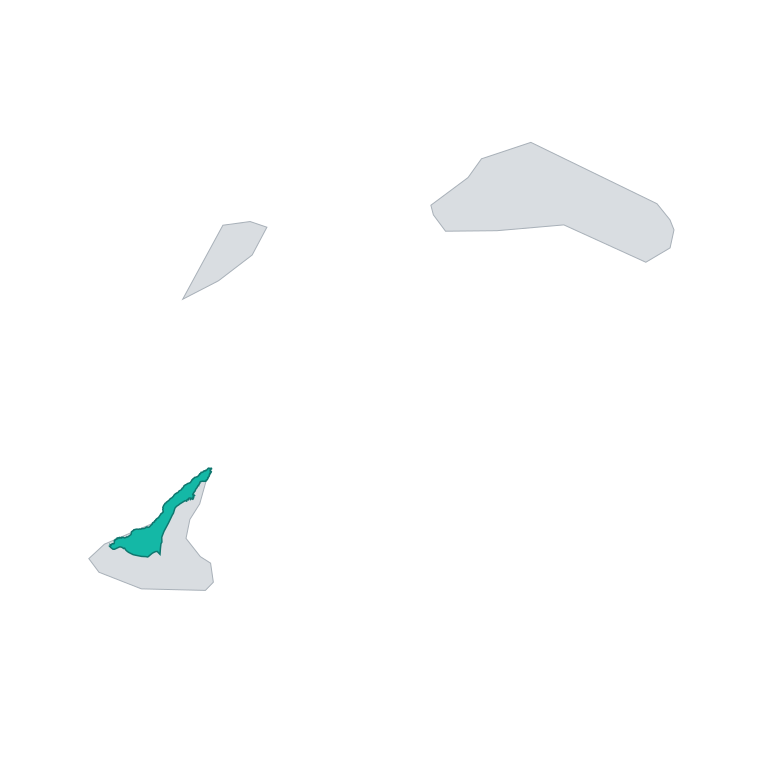 location of Sima, Andjouân, Comoros, rotated 111°
{"feature_id": "10938185B89113061759376", "entity_name": "Sima", "entity_type": "district", "adm_level": 2, "iso_a3": "COM", "parent_name": "Comoros", "parent_adm1": "Andjouân", "projection": "albers", "projection_center": [44.321, -12.244], "detail": "fine", "context": "in_parent", "style": "filled", "palette": "teal", "viewbox_px": 768, "rotation_deg": 111, "n_neighbors": 0, "source": "geoboundaries", "source_scale": "gbopen_adm2", "svg_char_len": 6199}
<svg xmlns="http://www.w3.org/2000/svg" viewBox="0 0 768 768"><g transform="rotate(111 384 384)"><path d="M208.4,398.5L200.3,404.3L161.1,379.5L138.8,373.7L105.8,333.5L117.9,193.7L128.3,175.8L136.2,168.5L154.4,165.7L176.5,183.2L171.0,273.1L200.4,333.5L219.3,381.3L208.4,398.5ZM640.7,476.8L662.2,537.1L661.9,582.6L652.8,597.0L633.7,587.6L598.4,551.4L531.1,516.0L562.0,513.1L580.0,516.7L599.1,513.5L611.0,493.6L613.4,481.7L630.2,472.3L640.7,476.8ZM346.9,575.5L377.0,602.3L293.5,591.3L280.3,567.2L279.6,549.5L310.8,553.3L346.9,575.5Z" fill="#d9dde1" stroke="#a8b0b8" stroke-width="1"/><path d="M630.2,542.7L629.5,542.1L627.0,540.8L624.9,539.6L623.1,538.0L622.2,537.0L621.6,535.7L623.3,532.1L617.6,533.8L613.1,535.0L611.2,534.7L606.7,536.6L600.4,536.6L590.9,535.4L582.2,534.7L580.2,534.3L574.9,534.7L572.6,533.9L570.2,532.2L569.5,531.9L564.2,527.9L564.1,526.4L563.8,526.5L563.6,526.5L563.5,526.3L562.8,526.4L562.6,526.1L562.4,526.1L562.2,526.0L562.2,525.0L561.8,524.9L561.7,525.2L561.6,525.5L561.4,525.5L561.0,525.3L560.6,525.3L560.2,524.7L559.9,524.3L560.0,523.9L559.9,523.7L559.9,523.4L559.9,523.2L560.0,523.3L560.3,523.2L560.5,523.3L560.8,523.3L561.0,523.2L560.5,522.9L560.3,522.6L560.1,522.5L560.0,522.2L559.8,522.2L560.2,521.3L560.2,521.2L559.9,521.1L559.5,521.6L559.0,521.8L558.8,521.5L558.8,521.2L558.5,521.3L558.4,521.2L558.2,521.2L558.2,521.4L558.0,521.6L557.9,521.6L557.7,521.7L557.3,521.5L557.4,521.3L557.1,521.4L557.2,521.5L556.9,521.9L556.6,521.9L556.4,521.7L556.3,521.3L556.4,521.2L556.0,520.9L555.7,521.4L555.7,521.9L556.0,522.7L555.9,522.9L555.7,523.0L555.3,523.0L555.2,522.9L554.6,522.8L554.2,522.8L553.6,522.5L553.3,522.7L551.6,522.0L551.4,522.1L550.0,522.0L549.6,522.0L549.1,521.9L547.8,521.4L546.8,521.4L545.6,521.2L545.4,520.7L545.0,520.9L544.6,520.9L544.3,520.6L543.9,520.7L542.9,520.5L542.8,520.4L542.7,520.4L542.7,520.5L542.4,520.5L541.9,520.7L541.0,520.4L540.6,520.0L540.5,519.5L540.3,519.3L539.9,518.9L539.8,518.6L539.6,517.8L538.8,515.8L538.6,515.5L538.3,515.5L538.0,515.4L537.7,515.6L537.4,515.5L537.0,515.2L537.0,514.9L536.6,514.7L535.4,514.6L535.2,514.8L534.9,514.8L534.8,514.7L534.6,514.9L534.4,514.8L534.3,514.6L534.0,514.7L533.9,514.5L533.0,514.2L532.8,514.2L532.6,514.2L532.5,514.3L531.8,514.3L531.7,514.4L531.2,514.2L530.9,514.2L530.9,514.6L530.6,514.6L530.4,514.7L529.6,514.5L529.5,514.1L529.3,514.2L528.9,514.1L528.8,514.4L528.4,514.5L528.3,513.8L527.9,513.9L527.9,514.0L527.7,513.9L527.5,514.3L527.6,514.6L527.5,515.1L527.1,515.3L526.9,515.2L526.8,515.4L525.5,515.3L525.4,514.8L525.2,514.6L524.7,514.7L524.5,514.9L524.6,515.2L524.7,515.4L524.9,515.5L525.4,515.4L525.6,515.7L525.6,515.8L525.5,516.0L525.1,516.5L525.3,517.0L525.2,517.2L525.3,517.1L525.5,517.2L525.5,517.7L525.5,517.8L526.9,518.4L527.2,518.4L528.7,519.2L528.8,519.5L528.7,519.6L528.9,519.7L529.3,519.9L529.3,520.3L529.5,520.4L529.5,520.7L529.9,521.1L530.0,521.0L530.4,521.1L530.5,521.2L530.9,521.5L531.2,521.8L531.5,521.9L531.7,522.2L531.7,522.5L532.0,523.1L532.7,523.1L532.9,523.2L533.3,523.2L534.1,523.6L534.1,523.8L534.4,523.7L534.8,523.9L535.1,524.1L535.3,524.1L535.7,524.3L535.8,524.2L536.7,524.6L537.1,524.8L537.7,525.3L537.8,525.6L538.6,526.4L538.9,527.1L539.3,527.5L539.6,527.5L540.0,527.6L540.2,527.8L540.6,527.9L540.8,528.1L540.9,528.3L541.0,528.4L541.3,528.4L542.0,528.5L542.3,528.8L542.6,528.9L542.6,529.0L543.0,529.0L543.3,529.0L543.6,529.0L543.8,529.1L545.0,529.4L545.6,529.6L546.0,530.1L546.3,530.2L546.5,530.6L546.9,531.2L547.1,531.3L547.5,531.9L548.2,532.2L548.8,532.6L549.1,533.1L549.6,533.5L549.9,533.6L550.2,533.9L551.0,534.3L551.4,534.2L553.0,534.5L553.5,535.0L553.9,535.1L554.2,535.0L554.7,535.3L555.3,535.4L555.6,535.5L556.3,536.0L556.8,536.6L557.4,537.0L558.0,537.2L558.3,537.2L558.7,537.4L559.0,537.4L559.3,537.6L559.9,538.2L560.0,538.5L560.6,538.6L561.0,539.3L563.0,540.2L564.5,540.4L565.3,540.9L565.8,541.0L566.9,541.7L567.3,542.2L568.0,542.6L568.3,542.6L568.5,542.6L570.0,543.3L570.7,543.8L571.1,543.9L571.5,544.2L572.1,544.7L572.4,544.8L572.6,544.8L572.9,544.8L574.0,545.7L574.9,545.7L575.9,546.1L576.4,546.2L577.6,546.1L578.1,546.3L578.4,546.3L578.9,546.0L579.4,545.5L580.1,545.7L580.5,545.6L581.0,545.2L581.4,544.8L582.4,544.2L582.8,544.3L583.0,544.7L583.8,544.7L584.3,545.2L584.5,545.3L584.9,545.4L585.2,545.5L585.4,545.9L586.4,545.9L587.6,546.2L588.9,546.5L589.4,546.5L591.1,547.8L591.7,548.0L592.2,548.4L592.5,548.4L593.0,548.2L593.6,548.8L594.0,549.0L594.4,549.0L594.9,548.8L595.3,549.0L596.0,549.8L596.5,550.2L598.1,550.2L599.3,550.9L600.6,551.4L601.2,551.6L601.6,551.8L602.0,552.2L602.5,553.1L602.5,553.3L602.3,553.4L602.4,554.2L602.6,554.4L602.8,554.6L603.2,554.7L603.6,554.9L603.7,555.1L604.7,555.9L604.9,556.4L605.4,557.1L605.5,557.6L605.5,557.9L605.5,558.1L605.6,558.3L606.0,558.3L606.8,559.3L607.1,560.5L607.7,561.2L607.9,562.3L608.3,563.2L608.6,563.7L609.3,564.5L609.4,564.9L609.7,565.3L610.0,565.4L610.3,565.3L611.2,566.0L611.5,566.0L611.7,566.3L612.6,566.8L612.8,566.7L613.1,566.6L613.5,566.5L614.6,566.3L615.3,566.3L618.3,568.2L618.9,568.8L619.0,569.1L618.9,569.3L619.2,569.4L619.7,569.9L619.8,570.1L620.1,570.3L620.5,570.8L620.8,571.4L620.7,571.6L620.5,572.1L620.5,572.3L620.7,572.8L621.0,573.3L621.0,573.6L621.4,573.6L621.7,573.7L621.8,574.0L622.0,574.1L622.1,574.4L622.0,574.7L622.1,575.0L621.9,575.0L622.1,575.4L622.1,576.0L622.6,576.0L622.5,576.3L622.6,576.5L622.9,576.9L623.0,577.1L623.3,577.1L623.3,577.4L623.6,577.2L623.7,577.4L623.9,577.4L623.9,577.6L623.7,577.7L623.7,577.9L623.8,578.0L624.1,577.9L624.7,578.2L624.7,578.3L624.9,578.4L625.1,578.5L625.1,578.8L625.3,579.0L625.5,578.8L625.9,579.0L626.1,579.1L626.3,579.2L626.4,579.4L626.5,579.5L626.7,579.4L626.8,579.6L627.1,579.6L627.3,579.3L627.7,579.3L628.2,579.2L628.8,578.9L629.7,578.8L630.0,579.0L630.1,579.4L630.2,579.5L630.3,579.8L630.3,580.0L630.5,580.3L630.5,580.5L631.5,580.9L631.7,581.2L632.7,581.0L632.8,581.1L632.6,581.4L632.4,581.9L632.6,581.8L633.1,581.3L633.4,581.4L633.8,582.0L634.6,580.4L635.4,577.8L634.8,576.3L632.5,574.1L630.7,572.3L630.5,571.3L630.4,570.0L630.9,568.1L630.5,567.8L630.2,567.3L631.1,566.2L631.7,565.2L632.3,563.6L632.7,562.1L633.2,557.1L632.9,554.8L631.8,548.4L630.5,544.5L630.3,543.3L630.2,542.7Z" fill="#14b8a6" stroke="#0f766e" stroke-width="1.5"/></g></svg>